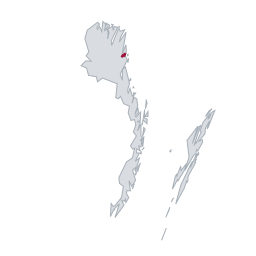 Tingvoll nor, Møre og Romsdal, Norway shown in context, rotated 113°
{"feature_id": "86288312B33492217014163", "entity_name": "Tingvoll nor", "entity_type": "district", "adm_level": 2, "iso_a3": "NOR", "parent_name": "Norway", "parent_adm1": "Møre og Romsdal", "projection": "equal_earth", "projection_center": [8.112, 62.946], "detail": "fine", "context": "in_parent", "style": "filled", "palette": "rose", "viewbox_px": 256, "rotation_deg": 113, "n_neighbors": 0, "source": "geoboundaries", "source_scale": "gbopen_adm2", "svg_char_len": 4884}
<svg xmlns="http://www.w3.org/2000/svg" viewBox="0 0 256 256"><g transform="rotate(113 128 128)"><path d="M153.7,112.2L143.9,114.0L145.7,115.2L143.5,118.7L131.9,117.2L129.7,121.5L122.0,122.0L117.7,125.4L119.9,128.2L113.9,133.8L107.4,135.1L107.3,141.5L101.8,147.2L104.9,148.2L104.9,151.1L91.5,155.2L92.0,170.9L97.4,174.1L93.2,177.1L94.9,184.9L89.1,189.5L88.9,195.5L82.8,193.2L80.9,188.0L77.9,194.8L73.2,193.8L62.7,202.6L53.8,203.7L42.6,197.3L43.4,194.7L47.1,196.0L49.1,194.8L45.5,194.0L49.5,189.8L39.8,192.8L41.2,189.1L48.1,187.5L44.5,187.1L47.6,183.8L54.0,181.4L47.7,182.8L40.0,189.1L40.6,185.1L44.2,184.8L40.1,181.9L44.0,179.8L40.0,180.3L39.3,176.8L54.3,177.5L58.5,175.3L40.1,175.5L41.9,172.9L38.9,169.5L46.9,170.3L52.1,169.6L40.6,167.2L62.2,162.3L52.3,162.4L58.4,159.3L66.0,161.4L62.6,158.8L65.6,155.2L81.4,156.3L86.3,151.9L76.3,155.9L72.7,154.3L86.3,144.1L93.4,143.1L96.3,141.2L90.7,141.7L96.9,136.5L95.1,135.4L103.7,133.9L97.4,134.4L97.8,131.3L103.9,127.7L112.9,127.1L106.1,126.5L109.6,124.3L114.1,126.0L114.7,124.7L108.3,122.6L116.4,119.6L118.7,122.1L117.7,118.9L126.9,118.2L119.7,117.4L130.1,113.0L131.0,110.9L135.1,111.9L133.4,110.7L140.4,108.6L140.4,111.2L144.5,107.6L143.6,111.8L147.7,110.5L146.6,107.8L155.8,108.4L151.2,105.7L160.0,104.8L164.9,107.4L173.2,100.6L180.2,101.8L176.1,106.5L184.9,101.2L186.1,104.5L188.7,103.9L191.9,100.1L197.4,100.8L194.5,102.8L197.0,102.8L197.1,105.6L200.5,101.5L215.5,105.0L201.2,106.3L207.9,109.0L216.4,109.6L204.1,114.0L205.9,110.8L204.3,109.5L194.4,106.8L183.6,109.4L182.3,114.2L177.3,117.0L159.8,116.1L153.7,112.2ZM112.0,53.8L121.9,54.8L121.1,56.4L125.4,55.5L127.3,56.9L144.4,59.0L130.7,60.5L116.4,68.8L99.0,64.4L117.1,62.7L99.5,63.2L96.9,62.1L118.4,60.4L113.9,60.0L115.9,59.3L102.9,59.1L102.7,60.4L93.6,61.2L82.4,58.1L88.8,58.1L86.1,56.8L81.4,57.4L78.0,54.9L96.5,54.5L97.9,54.9L89.6,55.7L98.2,56.6L103.5,54.9L113.1,58.0L109.6,55.1L112.0,53.8ZM133.2,52.3L149.0,53.8L153.1,52.3L155.0,52.4L154.0,53.3L161.7,52.7L179.2,54.4L159.8,57.1L136.1,56.0L133.3,55.6L140.0,55.0L127.4,54.9L124.4,54.3L128.0,53.9L122.2,53.5L131.0,53.6L129.8,52.8L133.4,53.2L133.2,52.3ZM145.8,59.6L157.6,61.5L155.6,62.2L167.0,63.3L154.2,65.5L151.9,65.3L153.3,64.2L142.4,64.6L146.6,62.5L137.3,60.1L145.8,59.6ZM114.6,117.2L119.8,116.1L104.4,119.9L112.1,116.8L112.4,113.8L116.7,112.2L114.6,117.2ZM122.5,111.6L129.8,111.4L121.4,113.6L122.5,111.6ZM129.5,110.0L139.6,107.1L134.4,110.1L129.5,110.0ZM77.4,58.3L85.3,60.3L87.1,61.2L80.9,60.2L77.4,58.3ZM109.4,114.1L110.8,116.8L105.0,116.1L109.4,114.1ZM164.6,101.9L160.8,103.7L155.1,102.9L161.5,102.5L164.6,101.9ZM165.5,103.2L164.0,105.3L161.5,104.7L165.5,103.2ZM97.9,120.1L103.5,119.4L97.5,121.3L97.9,120.1ZM217.8,53.3L205.2,53.6L218.2,53.2L217.8,53.3ZM188.2,58.1L195.5,58.3L184.4,58.5L188.2,58.1ZM176.8,100.4L180.9,100.0L182.3,100.4L176.8,100.4ZM168.1,102.6L167.5,103.7L166.2,102.8L168.1,102.6ZM146.5,105.7L146.6,106.9L144.9,106.5L146.5,105.7ZM133.4,79.5L133.0,80.5L131.0,79.7L133.4,79.5ZM179.1,59.2L175.7,59.1L175.3,58.8L179.1,59.2ZM82.9,144.1L84.1,145.2L81.0,144.9L82.9,144.1ZM139.4,105.5L141.5,105.9L142.8,106.6L139.4,105.5ZM124.4,52.7L125.9,53.1L123.7,52.9L124.4,52.7ZM67.1,154.3L63.5,154.5L67.3,153.8L67.1,154.3ZM62.0,156.2L60.7,157.2L60.1,156.7L62.0,156.2ZM96.6,121.5L94.7,122.5L96.7,120.9L96.6,121.5ZM39.5,182.4L39.0,184.1L38.8,181.9L39.5,182.4ZM93.6,135.6L92.8,134.7L93.9,134.8L93.6,135.6ZM208.6,107.9L208.4,108.8L208.2,108.7L208.6,107.9ZM94.6,136.4L92.6,136.6L95.1,136.2L94.6,136.4ZM88.8,138.4L89.0,139.2L88.0,139.0L88.8,138.4ZM38.7,175.4L37.8,176.4L38.0,175.6L38.7,175.4Z" fill="#d9dde1" stroke="#a8b0b8" stroke-width="1"/><path d="M64.5,161.2L64.3,161.1L64.2,161.1L63.9,161.1L64.0,161.1L63.9,161.2L63.7,161.3L63.8,161.2L63.7,161.2L63.7,161.3L63.7,161.2L63.8,161.1L63.9,160.9L63.7,160.8L63.6,160.7L63.9,160.5L63.9,160.4L63.7,160.3L63.5,160.2L63.4,160.3L63.2,160.3L63.2,160.2L63.3,160.2L63.2,160.1L62.9,160.0L62.8,159.9L62.7,159.9L62.4,159.8L62.4,159.7L62.3,159.8L62.3,159.7L62.2,159.7L62.0,159.8L61.9,159.8L62.0,159.7L62.3,159.7L62.5,159.5L62.4,159.5L62.5,159.4L62.4,159.4L62.2,159.3L62.3,159.3L62.3,159.2L62.2,159.2L61.9,159.2L61.8,159.3L61.7,159.2L61.6,159.3L61.3,159.4L61.2,159.4L61.3,159.5L61.2,159.5L61.3,159.5L61.2,159.5L61.3,159.6L61.2,159.7L61.2,159.8L61.3,159.8L61.5,159.9L61.5,160.0L61.4,160.0L61.5,160.1L61.4,160.1L61.5,160.1L61.8,160.3L62.0,160.3L62.2,160.5L62.3,160.5L62.5,160.6L62.6,160.8L62.8,160.8L63.0,160.9L62.9,160.9L62.7,160.9L62.5,161.0L62.6,161.3L62.8,161.4L62.8,161.5L63.1,161.6L63.3,161.7L63.5,161.7L63.8,161.7L63.9,161.8L64.0,161.8L64.3,161.8L64.5,161.9L64.6,161.7L64.4,161.5L64.2,161.4L64.3,161.2L64.5,161.2ZM61.0,159.8L60.9,159.8L60.7,159.9L60.7,160.0L60.8,160.2L60.6,160.2L60.8,160.2L61.0,160.1L61.3,160.0L61.4,159.9L61.2,159.9L61.2,160.0L61.2,159.9L61.1,160.0L61.1,159.9L61.0,159.8ZM61.3,159.3L61.2,159.3L61.3,159.3L61.3,159.3Z" fill="#f43f5e" stroke="#9f1239" stroke-width="1.5"/></g></svg>